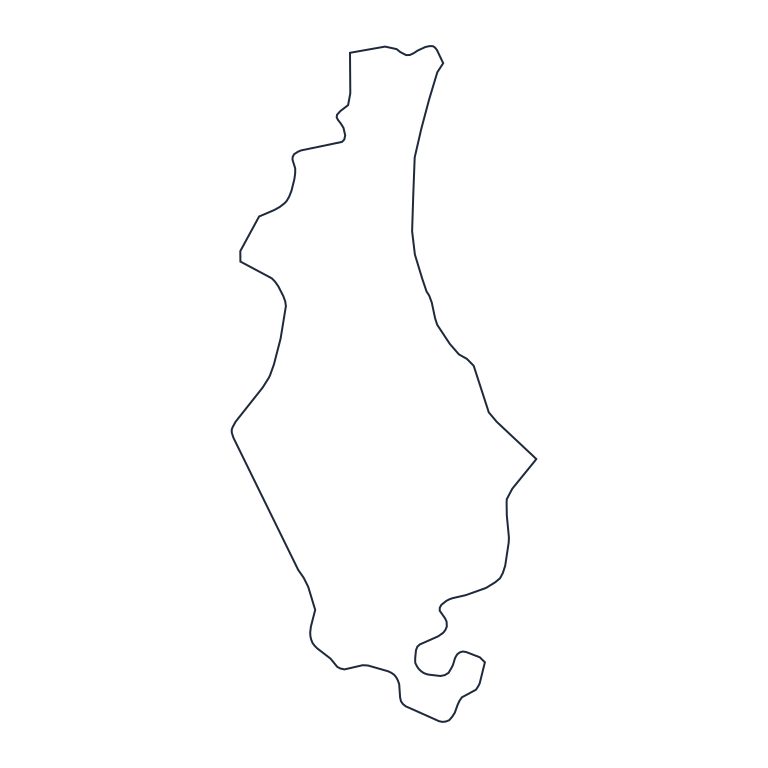 the Governorate of Sousse
{"feature_id": "TUN-119", "entity_name": "Sousse", "entity_type": "Governorate", "adm_level": 1, "iso_a3": "TUN", "parent_name": "Tunisia", "parent_adm1": "", "projection": "albers", "projection_center": [10.439, 35.896], "detail": "fine", "context": "isolated", "style": "outline", "palette": "slate", "viewbox_px": 768, "rotation_deg": 0, "n_neighbors": 0, "source": "natural_earth", "source_scale": "10m", "svg_char_len": 2158}
<svg xmlns="http://www.w3.org/2000/svg" viewBox="0 0 768 768"><path d="M443.2,63.2L437.3,72.3L429.2,99.2L421.4,128.4L414.7,157.4L413.3,193.7L412.1,231.2L414.9,254.6L422.2,278.6L426.5,291.4L429.3,295.8L431.8,302.7L435.1,318.3L437.2,324.8L449.8,343.9L458.9,354.4L466.9,358.9L473.7,365.8L488.8,412.4L496.6,421.7L536.3,459.0L534.9,460.9L512.3,488.7L506.8,499.1L506.6,502.3L506.8,515.4L508.9,537.4L508.7,542.5L505.2,565.7L502.8,573.1L500.0,578.3L495.3,582.2L486.1,587.9L465.6,595.2L452.8,598.1L449.6,599.2L446.3,600.9L441.4,604.8L439.8,607.7L439.7,610.7L445.1,618.4L446.6,621.7L446.8,626.6L445.4,629.9L443.3,632.7L438.2,636.3L419.9,644.4L417.4,646.6L416.0,650.2L415.2,657.9L415.2,662.4L415.5,663.4L417.0,666.4L418.7,668.9L421.0,671.1L423.5,672.9L426.2,674.0L428.5,674.6L440.4,676.0L444.8,675.1L448.6,672.8L451.7,667.5L453.0,664.8L455.0,658.2L455.8,656.6L457.3,654.2L459.6,652.5L462.6,651.5L466.1,652.0L479.8,657.3L484.9,662.3L479.7,683.3L478.5,685.8L476.0,689.7L461.9,697.3L459.5,700.8L457.7,704.6L454.8,712.7L452.1,716.9L449.2,720.2L446.0,721.5L442.5,721.9L439.1,721.2L405.7,706.3L403.0,704.1L401.0,701.3L400.1,697.4L399.2,684.3L398.0,680.7L396.4,677.6L394.3,674.9L391.5,672.9L388.2,671.3L368.0,665.5L362.7,665.2L344.5,669.4L340.4,668.5L337.3,666.9L330.5,658.6L317.0,648.2L314.7,645.8L312.6,643.1L311.2,639.7L310.4,636.2L310.2,632.4L310.9,626.6L315.2,609.9L308.2,586.8L303.7,577.8L298.2,569.9L233.4,437.7L231.8,432.7L231.7,429.8L232.6,427.2L235.6,421.7L262.7,387.5L268.8,377.8L270.0,375.4L273.9,364.5L280.6,338.6L285.9,306.1L285.2,301.3L283.3,296.1L278.3,286.3L274.9,281.5L271.9,278.4L240.4,261.6L240.3,251.1L259.1,216.5L274.3,210.0L279.7,207.0L284.6,203.2L286.7,200.9L289.2,196.6L291.5,190.7L294.4,179.0L295.2,173.1L295.2,168.4L292.5,159.7L292.7,156.9L294.1,154.2L298.0,151.7L301.1,150.4L342.0,141.9L344.3,139.5L345.2,135.4L343.5,127.9L340.8,123.5L338.1,120.1L336.7,117.5L337.0,114.8L340.3,111.1L348.1,105.1L350.3,93.3L350.0,52.8L368.6,49.5L385.1,46.6L396.6,49.1L400.2,52.0L406.1,55.1L409.8,55.0L413.7,53.2L417.8,50.5L425.4,47.0L429.6,46.1L433.0,46.2L434.9,47.5L436.0,48.8L437.1,50.3L440.2,56.9L443.2,63.2Z" fill="none" stroke="#1e293b" stroke-width="2"/></svg>